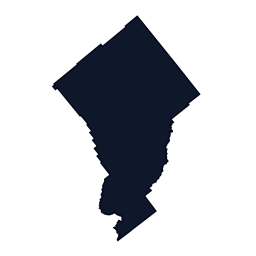 Fremont, Wyoming, United States of America (Albers equal-area conic projection), rotated 232°
{"feature_id": "52423323B51643539353926", "entity_name": "Fremont", "entity_type": "district", "adm_level": 2, "iso_a3": "USA", "parent_name": "United States of America", "parent_adm1": "Wyoming", "projection": "albers", "projection_center": [-109.435, 43.135], "detail": "fine", "context": "isolated", "style": "filled", "palette": "ink", "viewbox_px": 256, "rotation_deg": 232, "n_neighbors": 0, "source": "geoboundaries", "source_scale": "gbopen_adm2", "svg_char_len": 2225}
<svg xmlns="http://www.w3.org/2000/svg" viewBox="0 0 256 256"><g transform="rotate(232 128 128)"><path d="M207.0,94.4L203.1,94.5L203.2,97.0L167.1,97.8L167.1,98.8L166.2,98.8L155.5,99.0L155.5,97.7L147.8,97.8L147.8,95.2L140.1,95.3L140.1,92.7L132.5,92.8L132.5,89.0L124.8,89.0L124.8,86.4L117.1,86.5L117.1,85.2L101.9,85.2L101.9,78.2L100.3,77.1L97.8,72.5L96.1,71.6L95.3,69.6L93.0,68.8L92.8,68.1L92.2,66.3L91.4,65.6L89.4,65.5L88.5,62.0L87.3,61.9L86.4,59.7L85.1,59.2L84.5,57.8L82.6,57.6L82.4,56.2L80.1,57.0L78.6,55.7L77.0,55.6L76.1,56.6L75.2,57.0L74.9,56.6L73.9,57.5L72.9,58.1L71.0,60.2L70.4,62.2L69.9,63.1L70.0,64.0L70.3,64.9L69.8,65.4L69.1,65.4L68.2,65.8L67.5,66.1L66.8,66.1L66.0,66.4L65.3,66.9L64.8,67.4L64.4,67.7L64.0,67.6L63.9,67.8L63.4,68.1L62.9,68.4L62.7,68.8L62.2,68.9L61.9,68.8L61.3,68.5L60.9,68.1L60.5,67.9L60.2,67.9L60.0,67.7L60.0,67.4L59.8,67.2L59.6,67.3L59.0,67.6L58.4,67.1L58.2,66.5L58.4,66.0L58.1,65.5L58.2,64.9L58.7,64.6L59.2,64.5L59.8,64.4L60.3,64.2L60.6,63.9L60.7,63.7L60.0,63.4L59.8,63.1L59.9,62.6L60.1,62.5L60.1,61.6L59.8,61.3L58.8,60.4L58.5,59.9L58.6,59.1L58.5,58.5L58.0,58.2L57.4,58.0L57.4,57.0L58.0,56.3L58.1,55.5L57.3,55.6L56.6,56.0L54.2,56.3L52.4,55.1L50.3,55.5L49.3,55.9L48.9,55.6L48.9,55.3L48.9,55.1L49.0,54.8L48.9,54.6L48.7,54.4L48.2,54.4L47.8,54.3L47.8,53.9L47.8,53.6L47.8,53.3L47.7,53.2L47.5,52.8L47.4,52.6L47.3,52.3L47.1,52.0L46.9,51.8L47.0,51.6L46.9,51.3L46.0,50.8L45.7,50.8L45.5,67.3L45.6,67.9L45.4,98.8L64.5,99.1L64.5,102.0L64.5,107.7L65.8,107.7L67.4,107.0L68.3,107.7L68.0,110.8L69.7,112.7L68.9,115.2L69.3,115.8L68.4,116.6L69.4,118.1L69.8,119.9L69.5,121.1L70.5,122.1L71.0,125.3L72.4,125.7L73.0,129.0L74.9,129.9L76.9,132.7L77.4,134.8L76.6,135.7L77.3,137.3L77.4,139.0L80.6,139.2L81.3,140.5L83.0,140.8L83.8,142.8L85.2,143.0L86.6,144.1L87.4,145.5L89.2,144.9L90.7,147.2L91.7,149.4L92.0,151.3L92.8,152.9L94.9,153.6L95.8,155.7L97.2,157.3L99.6,158.3L98.5,158.9L97.9,160.6L98.7,161.2L100.6,160.6L101.6,162.1L104.7,163.3L103.7,164.2L104.9,165.9L104.6,167.2L108.6,167.2L108.9,190.2L110.6,190.2L110.6,205.2L150.1,204.9L210.3,204.0L209.9,188.8L208.7,188.8L207.9,158.1L210.6,158.0L210.4,150.3L209.8,127.4L208.9,127.4L208.2,96.9L207.0,96.9L207.0,94.4Z" fill="#0f172a" stroke="#020617" stroke-width="1.5"/></g></svg>